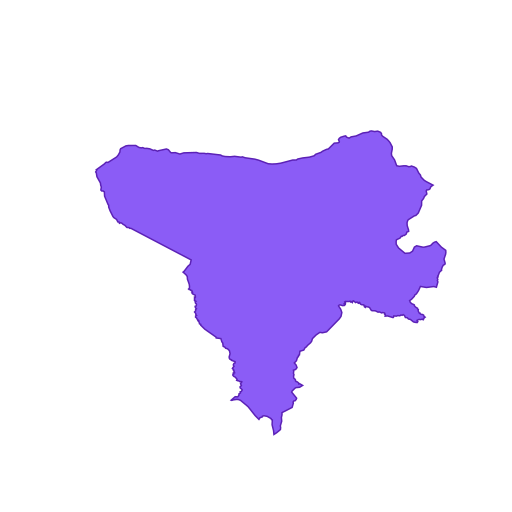 Nabdam, Upper East, Ghana (Natural Earth projection), rotated 291°
{"feature_id": "2480657B74414618551217", "entity_name": "Nabdam", "entity_type": "district", "adm_level": 2, "iso_a3": "GHA", "parent_name": "Ghana", "parent_adm1": "Upper East", "projection": "natural_earth1", "projection_center": [-0.664, 10.847], "detail": "fine", "context": "isolated", "style": "filled", "palette": "violet", "viewbox_px": 512, "rotation_deg": 291, "n_neighbors": 0, "source": "geoboundaries", "source_scale": "gbopen_adm2", "svg_char_len": 6131}
<svg xmlns="http://www.w3.org/2000/svg" viewBox="0 0 512 512"><g transform="rotate(291 256 256)"><path d="M143.5,274.4L143.2,274.6L142.5,274.3L141.6,276.1L141.0,276.0L140.6,277.0L139.7,277.0L139.3,277.8L138.4,276.7L137.8,277.5L137.0,276.9L136.4,277.1L135.7,278.3L135.5,279.9L134.4,282.1L133.9,282.6L133.0,282.5L133.0,283.9L133.3,284.5L132.9,285.7L133.5,287.3L133.4,287.9L131.3,287.3L129.8,288.8L128.2,288.0L127.7,288.2L127.2,288.5L126.3,290.9L125.7,291.1L124.2,290.8L123.6,289.9L122.5,290.5L121.2,289.5L120.0,289.9L118.4,289.6L117.9,289.3L117.2,287.0L112.5,284.5L112.5,285.1L113.5,286.3L115.2,289.4L115.7,291.1L115.7,293.3L112.5,302.6L106.7,312.4L104.5,317.3L106.5,317.7L108.1,319.6L108.7,319.4L109.7,320.6L110.3,323.9L109.6,328.4L108.8,329.0L108.8,330.0L104.2,331.5L99.2,335.0L95.8,336.7L98.4,338.6L102.7,341.0L104.6,340.5L106.1,339.6L111.0,339.2L114.3,337.6L117.0,337.2L119.1,336.4L127.6,344.0L132.0,343.6L132.6,343.1L133.5,343.0L134.5,343.5L134.8,344.3L136.4,344.9L137.8,344.9L141.7,338.1L142.8,338.1L146.4,339.7L147.4,340.4L149.1,343.8L151.9,345.9L152.4,342.7L151.9,341.8L152.7,341.4L153.3,339.5L153.1,338.6L153.6,337.6L154.2,337.5L155.1,336.4L155.3,335.4L155.7,334.9L157.6,334.0L158.6,334.1L159.9,333.0L162.0,332.5L162.8,331.9L164.3,333.7L166.5,334.3L168.6,332.5L169.9,330.1L172.7,331.3L176.3,331.0L177.2,331.7L178.5,331.3L179.2,332.0L182.8,331.1L185.3,334.3L188.1,334.7L189.2,335.6L190.9,336.1L194.5,338.0L196.3,338.5L199.1,338.3L204.0,340.5L207.6,343.0L208.1,345.5L210.5,349.1L227.2,356.3L230.1,357.0L234.0,356.4L236.7,354.1L239.0,350.9L240.1,351.3L240.5,352.0L240.7,354.7L241.6,356.4L242.4,356.5L242.9,355.4L243.3,355.6L243.3,356.6L244.5,356.3L244.9,355.3L245.6,355.7L246.9,359.4L247.4,359.8L247.6,361.0L247.0,361.2L247.5,361.9L247.1,362.6L248.9,362.7L249.1,363.1L248.2,365.7L248.9,366.3L249.3,367.6L249.2,368.1L248.5,368.4L248.7,369.0L249.7,369.4L248.5,370.9L248.4,372.1L249.0,374.1L247.4,375.5L247.3,376.3L248.3,375.8L248.5,376.4L248.2,377.3L248.7,379.1L248.5,380.6L246.7,382.9L246.5,383.9L247.6,387.0L247.3,390.1L248.0,391.1L247.9,393.8L248.6,394.5L248.9,396.4L248.6,396.9L247.8,396.9L247.5,397.8L246.1,398.1L247.2,400.3L247.6,406.0L248.1,406.3L249.4,406.1L250.2,408.7L251.2,409.7L251.7,411.7L252.9,412.5L253.0,413.7L254.0,414.4L253.6,416.0L252.1,417.5L252.6,419.3L251.8,420.9L252.1,422.9L250.9,426.6L251.1,428.4L251.6,430.3L252.7,430.6L253.2,429.5L253.7,429.4L255.3,431.0L255.4,432.1L256.3,433.4L256.5,434.9L257.1,434.6L257.6,435.2L258.3,435.0L259.5,435.8L260.0,434.3L260.8,433.8L261.1,432.6L260.7,431.0L261.0,429.7L261.4,429.6L261.2,428.9L262.9,427.0L264.1,426.8L264.5,425.8L265.1,425.5L265.5,423.2L266.3,421.7L267.0,421.4L267.2,421.0L267.3,418.5L268.0,416.7L269.4,415.4L271.3,416.7L275.0,418.2L276.7,418.3L278.1,419.3L281.8,420.1L286.5,420.4L287.7,426.4L291.2,432.9L291.5,435.6L297.0,435.1L298.0,434.1L299.1,434.2L300.6,433.0L301.8,433.5L302.3,432.8L303.3,433.1L306.6,433.1L309.2,434.4L309.8,434.0L312.2,433.8L314.5,434.1L315.9,435.3L317.0,435.2L320.5,432.6L325.5,432.4L327.3,432.0L329.3,431.1L330.7,425.9L334.0,419.1L332.8,417.6L331.3,416.5L328.8,415.5L328.0,414.8L324.7,410.1L324.1,408.9L323.1,402.3L321.1,400.7L316.6,400.4L313.9,398.5L311.9,394.1L314.6,386.2L317.2,382.7L319.8,381.6L321.5,381.3L324.3,384.0L326.5,384.6L326.7,385.4L327.9,386.0L328.4,387.2L330.4,388.4L332.3,388.2L333.7,389.7L335.1,389.0L338.5,386.3L341.1,385.1L343.4,384.9L344.5,385.2L350.3,389.5L351.1,390.7L354.3,392.1L362.7,392.4L366.8,390.9L369.6,391.8L371.9,391.9L375.1,393.3L377.7,391.6L378.8,391.7L379.9,393.6L380.9,394.3L383.3,394.4L385.6,395.9L386.5,388.1L387.0,385.8L388.9,381.7L390.5,380.5L391.8,378.2L395.3,374.4L395.8,371.9L395.7,368.8L394.8,368.0L394.1,366.6L394.0,363.9L393.2,361.7L391.1,357.7L390.7,355.0L395.4,350.9L398.3,346.7L400.4,345.6L404.5,344.9L406.7,344.1L409.8,340.6L411.0,338.6L412.0,336.5L413.2,331.2L413.9,329.9L415.2,329.3L416.1,328.0L416.2,324.9L414.7,322.2L414.1,318.9L413.3,317.6L411.9,316.7L409.2,311.7L403.9,306.4L401.3,302.1L399.4,300.7L399.4,297.9L400.3,296.7L399.5,295.4L397.2,292.5L395.7,291.6L394.2,291.3L392.7,292.8L392.0,292.9L391.0,292.0L389.4,288.6L381.9,285.2L380.8,283.6L377.6,280.5L376.1,279.6L372.3,275.2L370.4,274.4L367.4,270.4L364.3,264.5L361.5,260.2L360.1,259.3L358.7,255.8L351.5,245.8L349.3,241.9L347.6,238.0L346.5,234.3L346.4,224.0L346.0,220.2L343.8,210.6L343.7,207.8L342.9,206.6L341.4,200.3L339.4,196.4L337.8,191.5L337.3,188.6L337.6,186.8L337.3,185.6L334.4,174.2L333.6,172.8L333.3,170.9L331.5,166.3L331.3,163.3L326.4,151.6L323.9,148.4L323.6,143.6L322.1,140.3L322.0,139.3L323.8,136.1L323.8,134.0L319.2,127.0L318.6,126.7L318.6,123.5L317.8,122.3L318.0,118.5L317.4,115.6L316.5,113.4L316.6,111.4L315.8,110.1L315.4,107.8L316.1,104.1L313.4,97.2L312.2,95.1L307.7,91.2L306.4,91.1L304.3,91.7L300.8,91.2L298.5,90.4L290.3,84.3L290.0,82.8L289.4,82.2L287.7,81.5L279.6,76.2L279.6,76.6L277.0,76.2L276.4,77.1L273.0,79.1L268.4,84.6L266.5,85.6L264.9,86.9L262.0,87.5L261.4,88.7L261.9,89.9L261.6,91.4L257.6,93.2L251.0,99.5L250.7,100.2L248.8,101.0L245.9,103.6L241.6,108.3L240.9,109.5L240.2,112.7L238.3,114.8L238.6,116.0L237.6,116.8L238.6,117.8L238.5,119.2L237.9,120.6L237.7,122.5L236.4,125.2L237.0,127.4L236.6,128.2L237.0,129.4L229.1,196.9L224.6,197.5L222.0,196.1L216.1,194.4L214.8,193.7L213.4,197.4L212.2,199.2L209.8,200.3L205.7,203.8L203.6,204.9L202.0,205.4L201.0,204.9L200.7,205.7L201.0,206.8L200.5,207.4L200.8,208.3L200.1,209.1L199.3,209.0L199.3,209.8L198.2,209.8L197.9,210.5L197.6,213.3L196.3,214.0L195.7,213.4L195.3,214.1L194.6,213.6L193.7,214.3L192.8,214.2L192.5,214.5L192.2,216.1L191.5,215.6L190.2,216.5L190.1,217.2L189.4,217.8L188.0,218.1L187.2,217.2L186.1,217.9L185.4,219.3L184.4,218.8L183.1,219.3L181.7,218.7L180.8,220.3L179.8,220.8L179.2,221.8L178.4,221.1L177.2,221.5L176.9,222.7L176.2,223.3L175.1,225.5L174.7,225.1L174.1,226.4L172.4,227.6L172.4,228.9L171.6,229.2L169.3,234.5L166.0,247.7L165.2,248.2L166.3,252.8L163.6,254.9L162.9,256.1L159.9,257.7L159.7,259.7L159.0,260.7L159.2,262.6L158.1,265.1L155.5,266.8L152.1,267.1L150.9,267.8L150.3,268.6L150.3,270.4L149.8,270.5L149.9,274.3L148.7,274.8L147.8,273.9L146.2,273.8L145.0,275.0L143.5,274.4Z" fill="#8b5cf6" stroke="#5b21b6" stroke-width="1.5"/></g></svg>